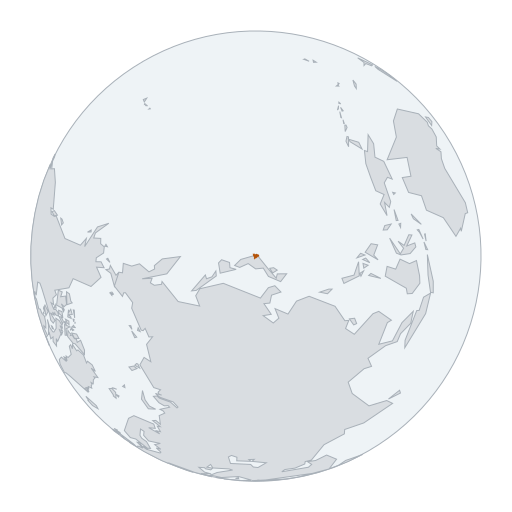 the Earth from above Chiba, rotated 237°
{"feature_id": "JPN-1855", "entity_name": "Chiba", "entity_type": "Prefecture", "adm_level": 1, "iso_a3": "JPN", "parent_name": "Japan", "parent_adm1": "", "projection": "orthographic", "projection_center": [140.102, 35.49], "detail": "fine", "context": "on_globe", "style": "filled", "palette": "amber", "viewbox_px": 512, "rotation_deg": 237, "n_neighbors": 0, "source": "natural_earth", "source_scale": "10m", "svg_char_len": 12062}
<svg xmlns="http://www.w3.org/2000/svg" viewBox="0 0 512 512"><g transform="rotate(237 256 256)"><circle cx="256" cy="256" r="225" fill="#eef3f6" stroke="#a8b0b8"/><path d="M394.9,403.2L394.8,404.2L394.5,404.4L394.9,403.2ZM444.9,133.3L440.8,130.3L448.6,139.1L450.7,142.6L450.9,143.1L448.8,141.0L446.4,137.1L440.3,132.1L439.0,134.5L427.0,127.8L405.6,111.4L408.1,110.3L402.7,107.0L399.1,108.4L398.2,110.2L374.7,105.3L360.7,114.6L363.2,123.4L357.2,117.4L366.7,138.9L363.6,150.4L362.8,133.9L359.5,129.7L355.3,135.4L350.9,132.4L346.3,133.7L341.5,129.8L341.5,121.1L338.4,118.6L335.5,122.9L328.9,122.2L333.5,116.2L322.5,114.4L320.3,101.0L336.6,90.3L331.2,81.8L336.9,68.6L332.2,67.5L331.3,62.7L325.6,59.8L328.3,58.7L321.4,57.4L320.0,59.0L316.6,59.1L313.0,57.7L315.8,55.9L318.0,56.3L317.0,55.1L319.9,54.9L316.5,54.3L320.3,52.6L311.4,52.3L310.1,49.4L314.0,48.9L320.3,51.5L345.0,58.6L350.9,60.0L353.0,58.7L342.8,50.3L346.5,51.1L346.7,50.3L341.6,48.3L339.6,48.4L330.1,45.1L328.8,46.2L324.8,45.2L320.7,45.8L314.2,43.2L310.0,40.5L313.0,40.1L311.3,39.1L302.6,37.8L302.6,36.1L293.3,33.8L309.9,37.3L326.2,41.9L342.1,47.8L357.5,54.9L372.4,63.1L386.6,72.4L400.0,82.8L412.6,94.1L424.4,106.3L435.2,119.4L444.9,133.3ZM447.9,250.4L446.0,246.2L448.6,246.7L447.9,250.4ZM443.9,245.1L444.7,246.2L443.8,245.6L443.9,245.1ZM442.5,245.6L443.5,245.3L442.6,246.2L442.5,245.6ZM440.9,247.0L441.7,246.0L441.7,246.3L440.9,247.0ZM437.8,247.5L437.0,247.5L437.6,246.2L437.8,247.5ZM398.4,111.7L399.5,108.8L404.3,109.0L403.9,111.6L398.4,111.7ZM388.7,112.4L388.0,109.9L394.1,112.9L392.6,113.4L388.7,112.4ZM366.0,130.8L367.8,127.7L367.6,131.9L366.0,130.8ZM346.6,134.6L347.5,136.5L344.7,136.4L346.6,134.6ZM324.6,47.3L322.7,46.6L324.5,46.8L324.6,47.3ZM324.6,48.4L328.0,49.3L328.5,49.9L326.4,49.4L324.6,48.4ZM334.8,130.5L330.2,130.0L334.9,129.0L334.8,130.5ZM320.4,47.3L329.0,51.0L329.8,52.3L322.6,51.4L320.4,47.3ZM327.4,128.7L316.1,128.1L317.1,132.2L307.9,120.8L320.6,124.8L326.3,122.7L324.9,126.0L327.4,128.7ZM321.1,60.1L322.4,58.4L324.6,61.2L321.1,60.1ZM323.4,62.0L335.0,71.6L331.4,73.9L328.2,70.0L326.1,74.5L318.6,70.8L318.0,67.5L321.9,66.7L316.1,66.0L323.4,62.0ZM304.6,114.9L301.8,113.7L304.7,113.3L304.6,114.9ZM315.3,59.4L318.0,60.9L315.0,63.0L309.1,60.2L312.0,60.4L315.3,59.4ZM329.2,77.6L325.9,78.9L319.0,76.1L316.8,76.3L318.1,70.9L329.2,77.6ZM310.9,59.3L306.2,58.9L304.4,56.7L312.5,58.0L310.9,59.3ZM316.7,64.7L315.1,65.6L314.1,64.2L316.7,64.7ZM295.4,49.6L298.7,51.1L297.4,52.2L295.4,49.6ZM304.6,58.9L305.2,59.6L305.1,60.3L301.7,59.7L304.6,58.9ZM313.1,69.5L310.8,68.3L312.2,71.6L307.0,70.0L308.8,66.8L305.9,67.5L304.3,67.0L307.5,65.0L313.1,69.5ZM297.9,61.3L298.4,57.1L292.6,54.0L293.6,52.8L302.8,58.1L297.9,61.3ZM303.3,63.6L300.2,61.8L302.9,61.1L306.8,61.8L303.3,63.6ZM302.8,70.2L310.3,73.4L309.6,74.1L302.8,70.2ZM295.7,60.4L295.6,61.5L294.9,60.3L295.7,60.4ZM300.0,67.3L302.7,68.2L301.9,68.9L300.0,67.3ZM293.2,62.9L293.3,61.5L295.9,61.9L293.2,62.9ZM295.9,65.0L294.1,65.7L296.8,62.9L297.2,65.3L295.9,65.0ZM298.8,67.8L299.2,68.5L297.8,67.3L298.8,67.8ZM283.2,62.6L285.9,58.9L291.7,59.6L288.2,63.0L283.2,62.6ZM86.6,107.5L75.7,121.3L70.6,130.1L80.6,121.2L89.0,106.4L97.0,98.5L95.6,105.5L89.2,119.8L92.2,117.3L101.7,104.4L105.9,104.4L105.7,99.8L101.6,104.1L101.3,101.6L105.1,97.7L106.4,97.6L109.9,93.0L102.7,95.2L97.7,99.7L103.5,91.4L95.8,98.5L95.3,98.3L108.2,86.5L111.2,84.3L130.4,69.8L127.7,71.2L109.4,85.3L112.6,82.5L108.9,85.3L109.2,85.1L114.2,81.0L134.8,66.1L138.1,64.1L153.2,55.5L169.0,48.2L163.8,50.5L166.5,49.4L160.8,52.2L161.0,53.4L156.5,56.5L164.5,54.9L163.2,56.5L158.8,56.8L153.4,59.0L143.0,68.3L143.3,69.4L149.4,67.8L145.8,70.9L153.0,68.3L150.9,73.7L159.4,65.2L166.8,64.1L169.9,66.6L173.8,64.9L168.8,61.0L165.4,60.9L160.0,63.1L152.1,62.7L154.0,60.2L168.0,55.5L172.2,51.7L181.3,50.5L189.3,60.7L188.6,66.6L170.7,78.7L166.3,77.6L170.5,72.5L159.3,78.3L163.7,77.3L160.7,80.2L167.0,80.5L165.1,82.7L174.2,79.7L172.7,82.4L167.0,84.2L174.9,87.9L173.9,93.9L176.5,93.8L179.7,92.0L176.2,101.2L178.4,100.8L180.3,97.5L185.8,94.7L194.2,93.5L192.5,96.7L189.3,97.6L180.0,104.7L171.6,107.0L171.8,108.3L178.7,107.1L190.0,98.4L195.5,96.8L190.7,101.1L192.9,99.4L195.1,99.7L195.8,103.1L201.3,98.6L228.0,99.4L231.9,106.9L224.6,110.2L241.5,116.1L244.6,125.3L246.4,122.1L255.7,123.6L254.9,120.6L256.4,119.3L279.9,123.3L284.1,127.2L296.3,126.5L297.2,125.0L294.8,122.0L307.9,120.8L317.1,132.2L314.6,134.9L322.1,140.7L315.2,146.3L312.9,154.0L301.0,157.6L300.3,163.9L303.3,165.5L304.6,175.8L296.7,192.3L289.6,171.5L298.9,148.1L293.9,156.7L291.0,152.8L286.8,154.8L283.7,161.4L285.8,163.3L260.2,165.9L244.7,181.5L255.5,183.8L259.1,191.1L250.9,213.7L218.3,236.8L222.7,249.1L220.8,255.6L212.2,257.3L214.7,247.7L209.0,242.0L211.7,236.7L198.8,237.0L202.1,229.5L190.4,234.0L191.4,241.3L201.5,243.3L189.9,251.2L196.1,265.4L193.3,278.6L170.8,294.9L153.3,295.3L151.5,298.8L146.4,291.6L136.8,295.8L143.9,322.7L142.7,328.8L128.4,334.6L128.6,329.9L115.1,310.9L110.5,324.2L120.6,342.1L124.0,357.8L115.3,349.1L112.1,334.9L107.3,327.8L110.2,315.9L109.2,294.2L100.5,292.8L102.6,285.3L100.0,264.6L88.3,261.8L68.8,269.1L63.6,286.9L58.0,290.3L57.3,255.5L62.2,235.9L58.7,233.2L60.7,210.3L54.7,191.3L56.8,185.3L55.0,183.6L56.9,173.1L61.2,163.9L61.0,160.1L50.3,184.9L50.9,189.2L55.4,187.2L52.0,194.7L50.6,206.8L41.7,212.9L37.6,201.2L42.1,186.8L64.4,138.9L66.5,136.3L66.8,135.9L67.3,135.0L64.3,138.6L69.8,130.3L52.7,159.5L47.7,170.4L37.5,201.6L37.3,202.2L35.5,210.5L35.7,220.0L34.6,224.2L31.5,237.1L31.5,237.5L33.4,221.7L36.3,206.0L40.4,190.6L45.6,175.5L51.8,160.8L59.1,146.6L67.3,132.9L76.5,119.9L86.6,107.5ZM77.5,142.5L77.0,152.0L85.9,140.8L86.4,143.8L89.2,139.1L86.5,140.0L94.7,128.3L97.6,130.4L102.1,126.8L102.5,123.4L95.9,121.6L84.1,138.0L80.5,138.8L77.5,142.5ZM187.1,42.3L182.5,43.9L180.7,44.1L186.5,41.7L189.2,41.2L187.1,42.3ZM176.4,46.2L188.7,43.1L185.6,44.9L185.3,44.3L182.0,45.8L180.5,45.4L165.5,50.8L162.9,51.5L175.0,45.8L172.5,47.0L177.2,45.2L176.4,46.2ZM225.7,36.9L231.0,36.9L217.4,40.6L214.0,40.3L219.6,37.5L226.9,36.3L225.7,36.9ZM306.0,45.7L308.9,46.4L308.1,46.8L305.0,46.4L306.0,45.7ZM297.1,50.2L292.4,43.2L295.5,43.5L289.1,39.7L294.8,39.3L298.7,41.7L298.3,38.8L304.1,40.8L302.9,39.0L311.2,44.3L316.4,46.5L308.4,44.1L303.1,44.3L302.3,45.1L304.2,49.0L312.8,54.3L308.9,55.8L303.8,55.5L301.1,54.5L304.5,53.7L298.5,52.9L301.4,51.0L297.1,50.2ZM246.7,58.4L251.7,56.7L240.2,57.2L242.9,54.3L241.4,54.5L240.8,52.2L237.5,49.9L239.7,48.8L237.4,48.4L237.0,47.1L234.6,46.3L237.8,44.3L235.2,43.2L238.2,42.9L232.8,41.8L238.2,41.8L238.2,40.4L232.9,41.1L255.9,34.8L261.3,33.1L262.8,31.9L272.0,32.8L276.4,34.8L277.2,37.7L270.7,39.6L276.0,40.0L274.5,41.1L270.9,40.4L275.5,42.3L273.2,43.1L274.1,47.4L282.0,50.3L282.5,52.2L278.2,51.5L281.7,53.9L274.1,54.0L274.2,55.5L266.9,57.4L258.6,55.6L259.5,57.4L253.9,59.3L246.7,58.4ZM280.9,63.0L270.4,60.9L266.8,58.5L281.1,56.4L282.0,55.1L291.1,54.2L296.1,57.8L293.1,57.7L291.3,58.4L290.4,57.0L289.8,58.7L285.6,58.7L283.9,60.1L280.9,59.0L280.9,63.0ZM131.2,68.5L130.2,69.1L131.2,68.5ZM157.8,57.8L156.7,59.1L154.9,59.8L153.7,59.7L157.8,57.8ZM212.9,61.2L216.4,60.1L217.0,60.7L224.8,60.6L223.4,63.0L218.1,64.0L212.9,61.2ZM79.7,120.6L78.7,120.2L80.6,117.7L80.5,118.3L79.7,120.6ZM92.1,101.7L87.3,107.3L91.5,102.3L92.1,101.7ZM212.6,63.8L216.0,63.4L213.2,64.9L212.6,63.8ZM222.7,64.8L220.1,66.6L224.1,63.3L222.7,64.8ZM175.9,406.8L182.6,409.3L182.4,410.0L175.9,406.8ZM168.9,402.0L176.3,404.5L167.8,403.4L168.9,402.0ZM179.2,405.4L186.8,406.0L190.1,405.5L189.6,407.0L179.2,405.4ZM163.9,400.5L138.3,390.9L128.6,384.6L130.5,382.6L146.3,389.9L163.9,400.5ZM129.8,382.2L115.3,366.9L98.0,330.8L104.1,335.1L122.7,361.1L121.5,363.2L130.2,374.1L129.8,382.2ZM166.0,380.6L164.8,388.1L150.3,382.4L143.9,378.6L139.5,366.6L141.9,362.3L147.1,364.5L168.7,353.4L175.9,360.3L168.9,366.0L174.9,375.1L166.0,380.6ZM63.9,289.2L65.2,303.3L62.4,302.5L63.9,289.2ZM178.8,342.9L169.2,348.5L178.3,339.9L178.8,342.9ZM184.9,333.7L184.9,338.2L181.9,333.0L184.9,333.7ZM150.1,304.8L144.5,303.6L145.0,300.4L152.4,300.1L150.1,304.8ZM191.0,289.7L188.6,299.0L186.8,301.8L185.4,295.4L191.0,289.7ZM205.0,87.5L195.7,84.6L188.1,84.9L182.2,88.4L186.5,82.5L198.3,82.0L205.0,87.5ZM225.3,97.4L230.4,94.8L230.9,97.2L229.8,98.1L225.3,97.4ZM226.4,94.9L227.5,89.6L232.1,89.0L230.4,93.3L226.4,94.9ZM219.6,75.5L217.0,74.4L219.3,73.1L219.6,75.5ZM346.1,460.0L350.3,458.9L344.4,462.2L335.6,466.1L325.7,469.4L346.1,460.0ZM272.9,476.7L269.8,474.4L280.3,473.9L278.3,476.0L272.9,476.7ZM352.5,456.6L357.6,452.9L356.9,450.3L359.5,452.0L366.8,449.2L352.8,457.9L352.5,456.6ZM226.7,462.0L186.7,460.6L177.0,457.1L177.6,454.6L164.9,441.6L167.9,442.8L163.6,434.4L186.1,434.0L201.6,423.9L216.4,427.6L226.2,418.6L242.1,421.4L238.5,429.4L256.4,436.4L265.3,418.4L279.3,438.5L294.4,444.8L302.3,454.6L286.7,469.8L274.9,472.5L271.3,471.5L266.7,472.7L257.7,472.0L249.9,467.5L245.5,468.5L248.4,465.4L242.7,467.9L236.7,464.5L226.7,462.0ZM341.8,431.3L344.9,431.2L350.8,433.1L345.7,433.6L341.8,431.3ZM387.1,409.7L389.1,410.5L385.7,412.1L387.1,409.7ZM394.5,404.4L390.4,406.6L394.9,403.2L394.5,404.4ZM354.8,418.2L356.6,419.0L355.4,419.7L354.8,418.2ZM353.4,418.0L354.8,415.9L355.0,417.8L353.4,418.0ZM337.4,409.9L339.0,408.6L339.9,409.3L337.4,409.9ZM192.5,411.9L201.5,408.3L206.8,409.0L192.5,411.9ZM334.6,407.9L330.3,408.2L330.6,407.1L334.6,407.9ZM334.6,405.3L334.0,403.8L337.1,407.1L334.6,405.3ZM326.0,402.6L331.5,404.9L325.4,403.0L326.0,402.6ZM322.9,403.2L319.1,402.2L319.3,401.7L322.9,403.2ZM282.8,406.4L296.7,416.1L286.1,415.8L274.1,409.6L265.8,414.7L246.3,412.1L250.4,409.1L247.5,403.4L228.2,398.6L224.2,394.3L230.9,393.0L218.5,387.9L232.0,388.5L237.8,396.9L245.5,392.0L259.5,395.0L273.6,398.4L285.4,404.4L282.8,406.4ZM232.6,405.0L235.0,405.3L233.0,407.2L232.6,405.0ZM311.8,398.6L317.4,401.8L316.8,402.8L314.2,402.4L311.8,398.6ZM288.0,403.2L300.5,397.2L303.6,397.2L295.4,404.1L288.0,403.2ZM297.2,393.2L303.3,394.0L306.7,397.4L305.5,398.4L297.2,393.2ZM205.0,393.2L204.6,395.2L201.2,392.8L205.0,393.2ZM209.3,392.9L219.8,397.1L208.5,394.5L209.3,392.9ZM179.2,378.2L182.1,384.0L191.0,383.2L184.2,386.0L190.6,395.7L188.7,398.2L182.3,387.8L180.5,396.3L176.6,395.0L174.1,386.6L177.9,378.2L181.9,375.3L198.2,377.8L179.2,378.2ZM209.2,386.8L206.5,380.3L208.5,376.8L211.4,380.6L209.2,386.8ZM199.1,364.1L192.6,355.2L186.3,356.3L199.7,349.6L203.6,359.2L199.1,364.1ZM194.5,346.9L188.4,347.8L195.0,343.6L194.5,346.9ZM187.2,345.0L187.1,339.8L191.5,341.7L187.2,345.0ZM197.5,347.9L199.5,339.6L201.3,345.2L197.5,347.9ZM186.6,327.8L195.3,338.9L183.1,331.8L185.1,314.8L190.5,315.9L186.6,327.8ZM232.6,266.1L232.7,260.8L238.2,260.8L236.6,264.4L232.6,266.1ZM256.5,257.4L239.8,259.1L226.4,260.9L229.4,264.1L224.4,272.0L221.1,262.7L232.1,255.3L241.9,255.5L245.4,248.7L253.9,245.3L255.3,236.1L259.7,232.9L261.4,241.4L256.5,257.4ZM255.6,232.1L261.1,216.6L270.6,220.8L271.6,225.1L265.0,230.3L260.4,227.8L255.6,232.1ZM265.3,214.2L260.9,211.8L259.7,187.1L261.8,183.0L267.7,203.2L263.9,202.1L262.5,207.7L265.3,214.2ZM301.6,115.6L301.8,113.8L303.4,115.7L301.6,115.6ZM255.7,117.7L258.1,116.1L260.0,118.1L255.7,117.7ZM265.8,113.1L262.0,112.0L266.7,111.8L265.8,113.1ZM253.5,109.8L260.9,110.9L252.9,111.8L253.5,109.8Z" fill="#d9dde1" stroke="#a8b0b8" stroke-width="1"/><path d="M258.4,255.0L258.5,255.0L258.4,255.2L258.2,255.1L257.8,255.2L257.6,255.4L257.2,255.7L257.0,256.0L256.9,256.4L257.0,256.6L257.0,256.9L257.0,257.1L256.9,257.2L256.7,257.3L256.4,257.5L256.2,257.5L256.1,257.4L256.0,257.5L255.9,257.7L255.7,257.8L255.6,258.0L255.4,258.3L255.2,258.3L255.1,258.2L254.9,258.1L255.0,258.0L255.3,257.9L255.2,257.9L255.2,257.7L255.1,257.4L255.1,257.2L255.2,256.9L255.1,256.7L255.2,256.4L255.3,256.5L255.4,256.4L255.4,256.2L255.5,256.2L255.8,255.9L256.0,255.8L256.0,255.7L255.9,255.7L255.8,255.4L255.7,255.3L255.4,255.3L255.5,255.4L255.4,255.5L255.3,255.4L255.2,255.4L255.3,255.3L255.3,255.2L255.2,254.9L255.3,254.6L255.2,254.4L255.1,254.2L255.0,253.9L254.9,253.7L255.0,253.7L255.2,254.0L255.5,254.2L255.6,254.3L256.1,254.6L256.3,254.6L256.7,254.6L256.8,254.6L256.9,254.4L257.1,254.4L257.4,254.4L257.5,254.4L257.7,254.6L257.8,254.6L258.1,254.9L258.2,255.0L258.3,255.0L258.4,255.0Z" fill="#f59e0b" stroke="#b45309" stroke-width="1.5"/></g></svg>